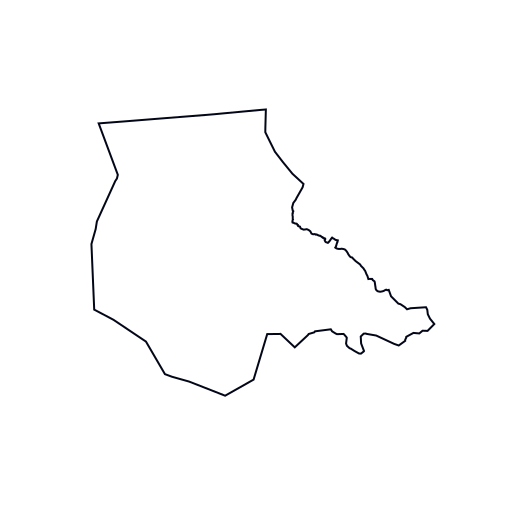 the district of Ori Ire, Oyo, Nigeria, rotated 288°
{"feature_id": "59680162B81796058650879", "entity_name": "Ori Ire", "entity_type": "district", "adm_level": 2, "iso_a3": "NGA", "parent_name": "Nigeria", "parent_adm1": "Oyo", "projection": "natural_earth1", "projection_center": [4.162, 8.245], "detail": "fine", "context": "isolated", "style": "outline", "palette": "ink", "viewbox_px": 512, "rotation_deg": 288, "n_neighbors": 0, "source": "geoboundaries", "source_scale": "gbopen_adm2", "svg_char_len": 4190}
<svg xmlns="http://www.w3.org/2000/svg" viewBox="0 0 512 512"><g transform="rotate(288 256 256)"><path d="M113.6,269.8L137.7,291.9L185.2,290.8L189.4,303.3L189.5,303.4L181.1,321.1L196.8,329.8L198.1,330.2L201.4,335.0L202.6,335.4L209.4,349.8L207.9,351.6L206.9,355.6L206.7,357.2L208.9,363.3L208.8,363.7L206.9,366.9L206.3,367.6L200.6,368.7L198.7,370.2L197.3,373.3L197.2,373.6L197.2,374.7L196.1,379.0L195.1,384.1L195.6,386.0L198.6,388.0L199.0,388.1L205.3,383.0L211.8,380.5L215.4,382.4L216.2,384.4L216.1,385.2L217.5,394.9L215.1,414.6L215.0,419.4L221.4,424.1L222.3,423.8L224.3,424.0L224.5,424.1L225.6,423.9L231.5,429.5L232.8,435.2L236.4,437.5L237.8,442.3L246.4,446.6L250.2,440.8L253.7,437.4L257.8,435.5L259.8,433.5L254.1,419.2L252.0,416.1L253.4,413.3L254.8,408.3L254.7,406.1L259.4,396.9L264.8,392.7L264.0,391.4L264.2,390.2L263.4,389.3L262.2,388.2L261.3,386.9L260.4,385.2L260.2,384.1L260.1,382.6L260.5,381.5L260.9,380.9L261.1,380.5L261.3,380.3L261.6,380.1L262.3,379.7L262.8,379.5L263.4,379.2L263.9,379.0L264.3,378.7L264.8,378.5L265.1,378.4L265.5,378.1L265.9,378.0L266.1,377.9L266.3,377.8L266.5,377.7L266.8,377.5L267.0,377.4L267.3,377.3L267.5,377.2L267.8,377.0L268.0,376.9L268.3,376.7L268.5,376.5L268.6,376.3L268.7,376.0L268.8,375.6L268.9,375.3L269.0,375.1L269.0,374.9L269.1,374.6L269.3,374.4L269.4,374.2L269.6,374.0L269.8,373.8L270.1,373.6L270.1,373.4L270.0,373.2L269.9,373.0L269.8,372.9L269.8,372.7L269.6,372.3L269.5,371.6L269.2,370.9L269.1,370.6L268.8,370.0L271.5,368.1L271.8,367.8L272.7,366.8L275.6,364.4L276.7,362.8L277.3,362.3L279.1,358.8L280.1,357.7L281.9,352.4L283.4,349.4L284.3,347.9L284.2,347.5L284.2,346.8L284.2,346.2L285.0,344.8L286.3,343.1L286.9,342.6L287.6,341.8L288.4,340.8L289.1,339.7L289.6,338.7L289.6,338.2L289.7,337.5L289.6,336.7L289.4,335.2L289.0,334.5L288.7,333.8L288.3,332.6L288.1,331.3L288.1,330.8L288.1,330.5L288.1,330.1L288.5,328.8L289.0,328.9L289.3,329.0L289.6,329.1L289.8,329.1L290.1,329.1L290.4,329.1L290.6,329.0L290.8,329.0L291.0,329.1L291.3,329.1L291.5,329.1L291.8,329.0L292.0,329.0L292.3,329.0L292.5,329.0L292.9,329.0L293.0,329.0L293.4,329.0L293.7,329.1L293.8,329.1L294.1,329.0L294.4,329.1L294.5,329.0L294.8,329.0L295.0,329.0L295.3,329.0L295.6,329.1L296.1,329.0L296.0,328.6L296.1,328.3L296.1,327.9L296.0,327.6L295.9,327.4L295.9,327.1L295.9,326.8L296.0,326.4L296.0,326.2L296.1,325.9L296.3,325.5L296.4,325.2L296.5,324.8L296.5,324.6L296.5,324.0L296.6,323.7L296.8,323.4L297.0,323.1L297.1,322.8L297.0,322.6L296.8,322.5L296.5,322.5L296.2,322.4L295.8,322.2L295.5,322.1L295.1,322.0L294.8,321.9L294.6,321.9L294.4,321.8L294.2,321.7L293.7,321.6L293.3,321.5L293.0,321.4L292.8,321.3L292.5,321.1L292.2,321.0L291.9,320.9L291.7,320.9L291.5,320.7L291.2,320.6L290.7,320.3L290.8,319.4L290.8,319.1L290.7,318.7L290.9,317.8L291.1,317.5L291.4,317.2L292.1,316.5L292.4,316.4L293.2,316.7L293.7,316.6L294.1,316.0L294.0,314.8L293.8,314.7L294.0,313.9L294.5,313.5L294.3,313.0L294.6,312.3L294.7,311.9L295.0,311.3L294.9,310.9L295.1,310.5L294.9,310.1L294.8,309.7L295.0,309.1L295.0,308.8L294.9,308.3L295.2,307.7L295.1,307.3L295.0,306.9L295.1,306.6L294.8,306.3L294.8,305.9L295.0,305.6L295.0,305.4L295.0,305.1L294.7,304.4L294.5,304.1L294.3,303.3L294.3,303.1L294.5,301.8L296.3,300.0L297.0,298.0L297.2,296.0L296.5,294.7L295.8,293.2L295.9,291.3L296.1,289.9L296.8,289.3L297.5,288.8L297.6,288.2L297.4,287.5L297.5,286.8L298.0,286.5L298.1,286.2L298.5,286.2L298.6,285.8L298.8,285.4L299.1,285.1L299.3,284.7L299.2,284.3L299.2,283.9L299.0,283.5L299.0,282.5L299.1,282.0L299.2,281.6L299.2,281.4L299.1,280.9L299.4,280.6L299.3,280.3L299.8,280.0L300.6,279.9L301.4,279.7L302.2,279.9L302.7,279.5L303.4,279.2L304.2,279.0L305.0,278.7L305.6,278.3L306.4,278.0L307.1,277.8L307.7,277.6L308.1,277.8L308.4,277.6L308.8,277.5L309.0,277.5L309.7,277.7L310.2,277.6L310.5,276.9L310.9,276.7L313.4,275.3L318.0,275.1L321.8,276.4L323.5,276.6L335.7,279.1L339.2,278.9L345.5,265.2L353.6,252.6L361.0,241.8L370.0,233.0L376.6,226.6L381.1,225.2L398.4,220.1L396.0,214.4L381.4,180.5L378.4,173.6L375.4,166.5L355.5,118.5L343.4,89.4L333.5,65.4L290.5,99.5L286.7,99.8L283.9,99.0L239.7,94.0L232.0,95.2L216.5,95.8L155.0,118.7L151.3,140.1L140.6,177.8L115.5,205.9L115.2,213.4L115.9,231.1L113.6,269.8Z" fill="none" stroke="#020617" stroke-width="2"/></g></svg>